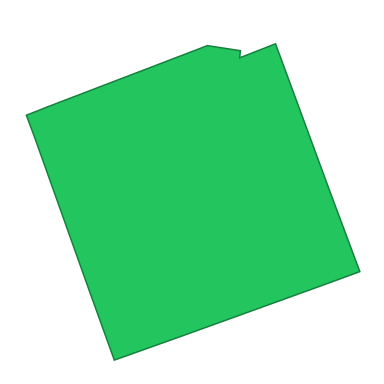 the district of Lawrence, Indiana, United States of America, rotated 250°
{"feature_id": "52423323B62913714602818", "entity_name": "Lawrence", "entity_type": "district", "adm_level": 2, "iso_a3": "USA", "parent_name": "United States of America", "parent_adm1": "Indiana", "projection": "equal_earth", "projection_center": [-86.446, 38.839], "detail": "fine", "context": "isolated", "style": "filled", "palette": "green", "viewbox_px": 384, "rotation_deg": 250, "n_neighbors": 0, "source": "geoboundaries", "source_scale": "gbopen_adm2", "svg_char_len": 329}
<svg xmlns="http://www.w3.org/2000/svg" viewBox="0 0 384 384"><g transform="rotate(250 192 192)"><path d="M296.8,62.8L131.0,61.7L60.6,61.5L60.1,136.3L59.7,285.4L59.8,322.5L143.9,321.8L302.7,321.2L301.8,282.7L308.2,285.8L324.3,256.5L321.5,88.2L320.8,62.6L296.8,62.8Z" fill="#22c55e" stroke="#15803d" stroke-width="1.5"/></g></svg>